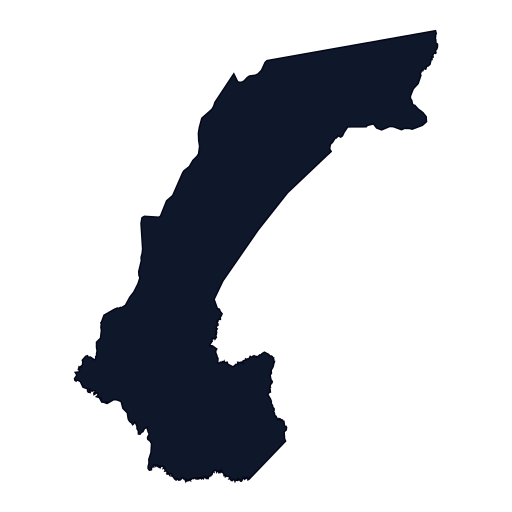 the district of Kaputa, Northern, Zambia
{"feature_id": "96606910B91372429992286", "entity_name": "Kaputa", "entity_type": "district", "adm_level": 2, "iso_a3": "ZMB", "parent_name": "Zambia", "parent_adm1": "Northern", "projection": "equal_earth", "projection_center": [29.552, -8.814], "detail": "fine", "context": "isolated", "style": "filled", "palette": "ink", "viewbox_px": 512, "rotation_deg": 0, "n_neighbors": 0, "source": "geoboundaries", "source_scale": "gbopen_adm2", "svg_char_len": 6038}
<svg xmlns="http://www.w3.org/2000/svg" viewBox="0 0 512 512"><path d="M74.9,380.3L76.1,381.1L77.2,380.0L80.3,381.5L83.0,387.2L87.7,388.9L87.5,390.9L88.3,392.2L90.2,392.5L90.0,389.3L92.0,391.2L94.0,390.5L95.0,390.8L95.2,392.0L93.8,393.1L94.0,394.6L96.7,393.0L97.7,393.3L98.1,395.2L96.4,396.7L101.3,398.2L101.2,398.8L100.0,398.8L101.8,402.1L105.9,402.4L105.2,402.8L107.1,403.5L113.6,399.7L116.7,399.8L121.1,401.5L122.9,408.4L127.3,412.8L128.2,418.9L129.5,421.3L131.8,423.1L132.6,424.7L134.0,423.5L134.6,422.0L135.6,422.9L137.0,426.6L137.0,428.8L138.3,430.7L138.4,434.0L140.1,434.2L141.4,432.3L142.9,431.7L144.4,428.7L146.8,427.2L148.3,432.3L149.3,434.0L147.5,437.4L147.8,439.3L150.2,441.2L151.5,443.7L151.0,452.5L148.8,459.4L149.0,463.0L148.1,466.6L148.1,468.3L149.3,470.2L151.4,469.8L151.6,467.7L152.4,466.8L153.9,466.9L153.9,464.9L155.4,465.1L155.9,466.3L157.3,465.0L157.8,466.5L159.6,466.2L159.1,467.3L160.2,467.8L161.0,466.0L163.2,466.4L163.6,466.9L163.2,468.4L164.8,467.7L164.8,469.3L165.5,469.8L164.9,471.1L166.3,470.9L167.2,471.9L166.8,473.8L167.9,474.2L168.7,473.4L169.7,475.1L170.3,473.7L171.2,473.6L172.3,474.7L171.3,475.9L172.6,476.1L174.8,479.1L175.8,478.9L175.8,479.5L176.4,479.1L176.7,479.7L177.2,479.0L178.1,479.1L178.8,480.2L180.4,479.8L182.3,477.7L183.0,477.9L183.6,478.9L184.7,478.9L185.4,480.6L185.8,480.0L186.0,481.3L186.7,480.2L187.1,480.9L188.5,480.6L188.7,479.6L190.1,480.4L189.8,479.7L190.6,479.1L191.3,479.4L192.8,478.0L193.6,478.6L194.6,477.7L195.7,477.8L195.6,478.7L196.7,479.0L197.3,479.0L197.4,478.0L198.6,478.8L198.7,478.0L199.7,478.3L200.0,477.7L200.8,478.3L201.1,477.7L201.7,478.8L202.6,478.0L203.1,478.4L203.0,477.6L203.7,477.8L203.6,477.1L204.7,477.1L204.8,476.5L205.9,476.9L206.0,478.3L206.5,478.5L206.8,477.7L207.4,478.3L207.8,477.4L208.3,478.1L209.0,476.1L210.7,475.9L211.1,475.0L211.8,474.8L212.4,473.6L212.2,472.6L213.2,471.7L214.0,472.2L214.0,470.8L214.8,470.1L216.0,470.3L216.5,471.8L216.9,470.8L217.6,471.4L217.6,470.7L218.3,470.6L218.8,472.2L219.5,471.0L219.4,472.3L219.9,472.7L220.5,471.7L220.6,470.0L221.8,470.7L221.6,472.1L222.9,472.6L224.0,474.4L224.0,475.4L224.8,475.1L225.3,476.8L226.5,476.0L229.2,476.8L229.8,477.9L229.2,478.8L229.9,478.7L231.3,480.5L232.5,480.6L233.0,479.3L234.6,480.2L235.0,481.3L235.4,480.3L237.6,480.3L237.5,478.8L238.3,478.6L238.2,479.8L238.8,479.3L238.9,480.0L240.4,480.1L240.4,480.9L241.0,481.3L241.8,480.8L243.0,477.7L244.4,479.1L244.8,477.8L245.7,478.7L246.4,478.1L246.4,477.4L247.7,477.6L247.9,479.8L248.9,479.4L285.6,441.1L284.6,438.9L284.1,431.8L286.2,430.0L286.6,427.4L286.0,426.3L285.2,426.6L284.5,425.7L283.9,421.3L283.1,421.2L282.3,420.0L281.4,420.5L281.3,419.7L280.1,418.9L279.9,419.4L279.0,418.7L278.8,419.5L278.1,419.1L277.6,419.7L276.0,416.2L274.8,415.6L274.4,413.0L273.5,411.5L274.1,410.4L274.1,408.6L272.7,407.2L272.6,405.6L271.1,403.2L271.4,401.6L270.5,399.1L267.8,394.5L269.2,392.4L270.4,392.1L270.1,389.2L269.5,388.5L270.4,387.3L270.0,387.1L270.4,384.8L272.0,382.8L272.3,381.5L270.9,379.5L270.1,374.8L271.4,373.5L271.2,370.1L272.8,367.4L273.6,365.0L273.5,363.4L274.0,363.2L274.4,361.7L273.8,361.9L273.8,359.5L273.3,358.8L273.6,358.0L273.1,358.0L272.2,356.5L271.0,355.9L270.2,356.5L268.7,354.4L264.4,352.2L261.8,353.8L261.3,355.0L259.8,354.8L257.7,356.7L256.4,356.5L256.3,357.2L254.3,355.7L253.0,356.1L252.7,356.8L250.9,357.0L250.2,356.4L248.7,359.1L247.8,358.8L246.8,359.6L245.3,358.4L245.6,359.0L245.2,360.4L243.3,360.7L242.9,361.4L242.9,363.3L241.2,362.0L240.1,362.6L237.7,362.3L238.0,364.5L236.0,364.3L233.1,366.9L227.8,364.2L227.2,362.2L224.5,362.6L224.1,361.2L223.6,362.0L222.2,361.6L221.7,362.8L220.3,362.2L220.0,362.8L217.7,363.2L218.0,358.1L217.0,357.6L217.1,356.1L215.6,352.3L215.9,350.4L216.8,349.0L212.5,345.9L211.5,346.3L211.5,345.7L210.2,345.8L209.9,344.6L211.4,342.3L211.2,341.9L212.2,341.3L211.9,339.7L212.6,338.4L212.9,338.9L214.8,338.3L215.0,339.1L216.4,337.2L215.8,336.0L216.1,334.8L215.7,334.6L216.4,334.2L216.2,333.2L216.7,332.7L216.5,331.8L215.7,331.7L217.2,328.8L216.3,328.4L216.4,326.9L217.1,325.4L217.9,325.3L218.0,324.0L217.0,322.4L218.0,321.1L217.2,320.7L218.7,319.3L220.4,319.4L220.3,316.8L221.3,315.8L222.1,313.7L220.3,311.6L219.3,309.1L217.4,308.6L214.1,299.3L222.9,280.9L258.2,229.9L287.6,192.7L328.3,154.1L328.6,154.6L328.5,154.0L331.2,151.5L329.7,149.0L330.1,145.6L330.9,143.7L332.4,142.5L335.1,138.2L336.4,137.9L338.2,135.8L340.7,137.1L342.4,135.9L344.1,132.3L347.7,126.9L366.2,126.8L367.4,125.4L373.5,123.9L376.6,128.0L381.6,129.9L389.7,126.5L393.4,126.7L401.5,129.7L404.5,128.4L409.6,128.5L412.2,129.2L422.4,125.3L426.5,121.7L426.2,116.8L423.0,112.7L418.0,108.9L414.8,105.3L413.2,105.0L412.5,104.0L411.7,100.3L410.5,98.6L410.4,96.2L413.3,88.8L418.1,83.6L420.9,75.4L420.3,73.4L421.0,72.4L420.9,71.2L423.0,70.6L422.8,69.4L424.1,68.7L425.7,69.2L426.6,66.3L427.9,66.1L430.0,64.4L431.1,59.6L432.0,59.6L432.0,56.8L433.1,57.0L432.8,54.6L434.5,53.0L435.6,53.4L436.0,52.7L435.4,50.6L436.7,49.2L437.5,47.0L437.5,44.1L435.9,43.0L435.8,39.7L435.3,38.3L435.7,36.0L435.3,35.4L436.3,33.7L435.5,30.7L267.0,60.6L265.1,62.4L261.5,70.3L258.0,73.9L255.4,75.2L249.5,76.0L247.4,77.4L243.8,81.2L241.3,82.3L238.6,82.2L237.5,81.4L233.8,73.8L215.0,102.2L213.6,106.4L211.9,109.3L201.8,118.2L199.3,127.6L198.4,133.2L198.7,140.5L199.6,146.2L198.6,153.8L197.0,156.3L192.9,160.4L189.3,166.6L184.0,170.7L182.7,172.7L172.7,195.5L166.6,200.8L160.5,216.1L158.9,217.2L144.4,216.3L142.0,217.7L141.0,223.4L142.6,248.8L142.2,253.1L141.1,257.3L141.3,260.8L138.7,271.6L139.0,275.5L139.9,277.8L138.0,283.7L133.8,292.0L129.9,297.0L125.4,305.3L121.4,307.7L120.4,307.4L118.6,308.4L117.4,308.0L114.5,309.2L104.0,315.2L101.4,322.3L100.8,322.8L101.3,324.0L100.9,327.3L101.4,330.3L100.5,338.2L96.5,342.2L96.5,347.5L97.1,350.8L96.5,353.9L96.7,355.4L95.6,356.7L95.9,357.8L95.3,359.3L94.4,359.8L90.3,357.0L88.3,357.4L87.5,355.7L85.7,356.3L82.3,360.2L82.8,362.3L82.3,365.4L81.4,365.8L80.9,367.1L80.4,366.8L79.9,367.5L79.1,366.8L78.3,369.6L79.6,370.2L79.5,371.8L75.2,372.4L76.9,375.1L74.5,378.6L74.9,380.3Z" fill="#0f172a" stroke="#020617" stroke-width="1.5"/></svg>